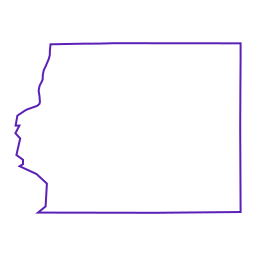 outline of Whiteside, Illinois, United States of America
{"feature_id": "52423323B38843546527060", "entity_name": "Whiteside", "entity_type": "district", "adm_level": 2, "iso_a3": "USA", "parent_name": "United States of America", "parent_adm1": "Illinois", "projection": "orthographic", "projection_center": [-90.084, 41.758], "detail": "fine", "context": "isolated", "style": "outline", "palette": "violet", "viewbox_px": 256, "rotation_deg": 0, "n_neighbors": 0, "source": "geoboundaries", "source_scale": "gbopen_adm2", "svg_char_len": 609}
<svg xmlns="http://www.w3.org/2000/svg" viewBox="0 0 256 256"><path d="M240.6,57.2L240.6,43.3L220.1,43.3L113.5,43.2L110.2,43.3L99.3,43.6L82.6,43.7L50.5,44.3L49.9,50.8L49.8,55.2L48.6,59.4L45.6,66.4L43.8,70.0L42.8,75.0L42.7,79.3L42.0,81.1L39.7,85.5L39.5,86.2L38.8,89.6L38.7,91.1L39.5,96.3L39.9,101.5L39.8,102.7L39.4,103.9L37.3,105.8L26.7,109.6L24.8,110.7L17.4,115.6L15.6,125.6L19.4,125.6L15.4,133.2L20.2,138.5L16.4,155.0L23.0,159.8L23.0,164.2L19.6,166.2L36.6,174.1L46.9,183.6L45.6,206.4L38.0,212.6L156.2,212.8L240.6,212.0L240.2,127.4L240.4,85.6L240.6,57.2Z" fill="none" stroke="#5b21b6" stroke-width="2"/></svg>